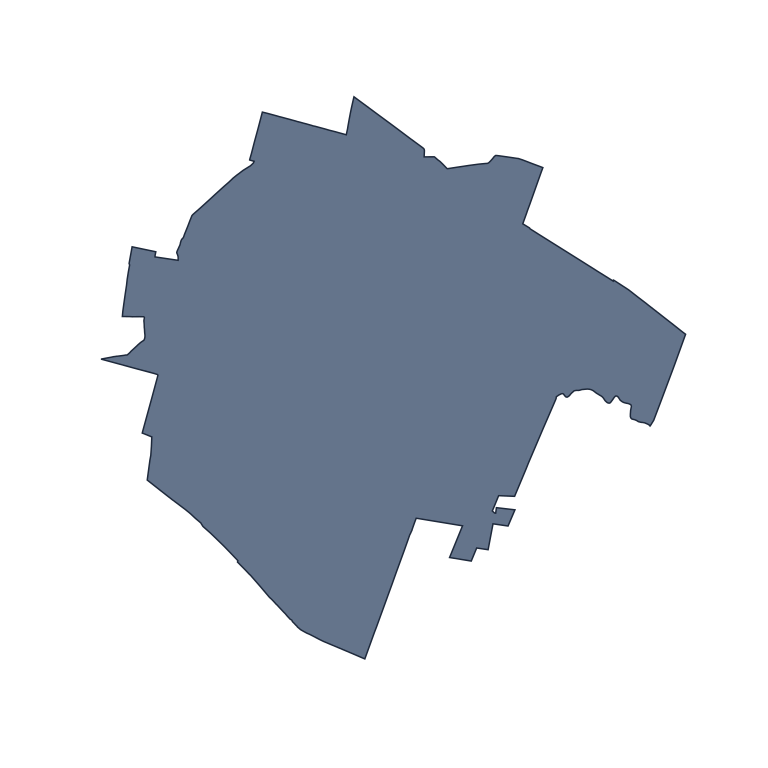 Tataranu, Vrancea, Romania (orthographic projection), rotated 14°
{"feature_id": "2599482B94040911807777", "entity_name": "Tataranu", "entity_type": "district", "adm_level": 2, "iso_a3": "ROU", "parent_name": "Romania", "parent_adm1": "Vrancea", "projection": "orthographic", "projection_center": [27.309, 45.527], "detail": "fine", "context": "isolated", "style": "filled", "palette": "slate", "viewbox_px": 768, "rotation_deg": 14, "n_neighbors": 0, "source": "geoboundaries", "source_scale": "gbopen_adm2", "svg_char_len": 6086}
<svg xmlns="http://www.w3.org/2000/svg" viewBox="0 0 768 768"><g transform="rotate(14 384 384)"><path d="M433.4,640.9L434.8,627.2L435.5,621.6L436.8,609.1L437.4,603.5L439.2,586.1L440.2,576.7L441.5,563.4L443.9,540.8L445.0,529.5L445.5,523.9L445.8,523.0L446.2,520.6L446.5,519.4L446.5,518.3L446.7,516.0L447.2,510.9L447.7,506.5L449.3,506.3L473.7,504.3L494.5,502.6L489.6,536.5L511.5,534.7L513.6,520.7L525.1,519.6L523.6,493.3L538.7,491.8L541.5,474.4L523.0,476.8L523.6,482.3L522.4,482.4L519.8,481.0L520.3,478.0L522.2,465.0L522.3,464.6L537.9,461.4L542.4,432.1L543.3,425.5L545.6,411.2L549.3,388.0L551.1,377.3L554.3,358.0L554.5,356.5L554.3,354.7L556.3,352.4L557.4,351.5L558.3,350.7L559.3,350.2L560.2,350.2L560.7,350.4L561.2,350.8L561.6,351.2L562.2,351.7L562.9,352.1L563.5,352.5L564.3,352.5L564.8,352.5L565.6,351.8L566.1,351.3L566.6,350.6L567.3,349.3L567.6,348.5L568.5,347.0L569.1,346.2L569.8,345.1L570.3,344.5L571.2,344.1L572.4,343.6L574.2,343.2L575.2,342.8L576.6,342.0L577.3,341.5L578.3,341.2L580.5,340.4L582.6,339.7L584.6,339.4L585.8,339.4L586.7,339.4L587.6,339.7L588.5,339.8L589.6,340.3L592.3,341.5L594.3,342.1L595.8,342.6L597.3,343.0L598.4,343.4L599.3,343.9L600.3,344.6L601.7,345.9L602.6,346.7L603.3,347.1L604.4,347.7L605.0,348.0L606.0,348.2L607.1,348.1L607.8,347.8L608.5,346.7L609.2,345.0L609.9,343.3L610.6,341.3L611.4,339.9L612.0,339.5L612.9,339.4L613.5,339.6L614.2,339.9L614.8,340.4L616.1,341.6L616.9,342.4L617.3,342.7L618.3,343.1L619.2,343.5L620.7,343.9L622.0,344.0L622.8,344.0L623.6,344.0L624.4,344.0L625.1,343.9L625.7,343.9L626.8,344.0L627.7,344.2L628.4,344.4L628.8,344.7L629.1,345.2L629.4,345.7L629.5,346.3L629.7,350.1L630.0,351.7L630.3,353.5L630.9,356.0L631.3,356.6L631.6,357.1L632.1,357.5L632.6,357.8L633.0,358.0L633.5,358.0L634.5,358.0L636.0,358.0L637.3,358.2L638.2,358.4L639.1,358.7L639.9,359.0L640.9,359.0L641.5,359.0L642.9,359.0L643.7,358.8L645.1,358.7L646.0,358.6L646.8,358.7L648.0,358.9L649.4,359.1L650.2,359.3L650.7,359.5L651.4,359.7L651.8,360.0L652.3,360.4L652.7,359.5L654.5,353.9L654.6,352.9L656.9,333.5L658.8,316.9L660.8,299.5L661.3,294.9L662.9,279.4L664.6,262.8L660.4,261.0L651.2,256.8L621.3,243.5L618.3,242.1L618.0,242.0L609.0,238.1L607.0,237.2L598.7,233.5L582.2,227.8L581.5,227.7L581.5,228.7L564.3,223.1L547.1,217.4L497.2,201.1L488.2,198.1L487.5,197.4L479.9,195.0L481.1,183.2L481.2,181.6L482.0,174.3L485.3,140.3L485.6,137.7L485.8,135.6L483.4,135.3L478.0,134.7L472.8,134.1L469.7,133.7L464.8,133.1L463.9,133.0L460.9,132.8L459.7,132.7L458.5,132.9L453.3,133.4L448.2,133.9L439.8,134.8L437.6,135.1L437.0,135.3L436.5,135.9L435.7,137.1L435.2,138.3L434.8,139.2L433.5,141.7L432.1,144.0L431.4,144.6L430.8,145.0L429.4,145.4L422.6,147.8L413.5,151.4L409.2,153.2L402.4,156.0L393.6,159.7L393.3,159.7L393.0,159.7L388.1,156.6L384.5,154.5L381.8,153.4L380.9,152.9L378.4,151.6L377.8,151.4L370.4,153.3L368.0,153.9L367.1,149.4L366.8,147.9L366.4,146.9L365.9,146.2L365.2,145.8L364.7,145.5L349.8,139.4L339.2,134.9L328.7,130.5L314.6,124.7L288.5,113.9L285.4,112.6L285.4,114.8L285.6,123.5L285.8,128.7L286.2,135.7L286.6,141.7L286.9,145.2L287.0,148.9L287.1,150.8L287.1,151.3L283.3,151.2L278.7,151.1L275.6,151.0L270.7,151.0L269.4,151.0L267.4,150.9L264.7,150.8L259.1,150.7L254.8,150.6L253.3,150.7L252.5,150.7L252.3,150.7L251.6,150.6L245.3,150.4L242.8,150.4L239.6,150.3L235.9,150.3L235.0,150.2L230.1,150.1L220.3,149.9L218.1,149.9L217.5,149.9L215.4,149.8L205.9,149.6L200.2,149.6L200.0,166.6L199.7,180.3L199.6,192.6L199.4,197.9L199.4,199.1L199.6,199.2L203.1,199.3L204.1,199.3L204.1,199.5L203.9,200.4L203.8,201.2L202.2,203.7L201.4,204.9L201.0,205.2L198.4,207.9L195.7,210.7L193.5,213.4L192.6,214.6L190.9,216.6L188.7,219.5L187.5,221.1L186.7,222.5L185.7,224.0L184.9,225.3L183.8,226.9L181.2,230.6L178.7,234.3L174.5,240.6L170.3,247.0L168.3,250.0L165.1,254.8L163.3,257.5L159.2,263.4L157.5,265.9L156.9,267.1L156.1,272.9L155.5,278.0L154.2,287.2L154.0,289.8L153.5,291.3L153.0,292.0L152.6,293.1L152.4,294.1L152.4,295.0L152.3,296.1L152.4,297.0L152.4,297.8L152.3,299.0L152.1,299.9L151.9,300.9L151.7,302.1L151.5,303.1L151.3,304.1L151.2,304.9L151.1,305.5L151.1,306.1L151.1,306.6L151.4,307.2L152.4,308.5L152.9,309.4L153.4,310.2L153.8,311.6L154.1,312.8L154.3,313.8L133.9,315.8L131.1,316.1L130.8,314.8L130.6,310.9L106.4,311.8L107.5,328.7L108.4,330.1L108.8,336.7L109.5,344.6L110.3,350.5L111.1,358.9L112.1,368.5L113.0,376.7L113.8,381.8L121.1,380.1L123.7,379.6L130.2,377.9L134.5,376.9L134.9,377.0L135.4,377.4L135.6,378.8L135.6,379.6L135.6,380.1L135.7,380.5L135.8,380.8L135.9,381.3L136.2,382.1L136.9,384.2L137.8,387.4L138.1,388.1L138.6,389.6L138.9,390.6L139.4,392.2L139.9,393.5L140.2,394.3L140.4,395.1L140.6,396.0L140.7,396.8L140.7,397.5L140.7,398.0L140.6,399.1L140.3,399.8L139.2,401.0L137.7,402.7L137.1,403.6L135.7,405.6L135.0,406.8L134.2,408.0L132.3,410.9L131.5,412.1L130.5,413.6L130.0,414.7L129.3,415.8L128.8,416.5L128.0,417.7L127.5,418.1L126.3,418.4L124.8,419.1L121.0,420.6L118.7,421.5L117.7,421.8L116.6,422.3L115.0,422.9L112.6,424.1L110.8,424.9L103.4,428.3L112.9,428.5L118.3,428.6L135.7,429.0L140.1,429.1L158.4,429.4L161.8,429.6L162.1,429.7L162.3,430.0L162.5,430.2L162.5,430.6L162.5,431.5L162.5,432.9L162.1,453.7L161.6,474.6L161.3,488.2L161.3,490.1L171.5,491.5L171.5,492.0L171.7,492.5L173.4,500.7L175.0,509.7L175.3,514.7L177.5,534.5L193.5,541.7L207.0,547.7L207.3,547.8L222.2,554.1L222.5,554.3L225.8,555.8L228.0,556.9L231.0,558.6L233.7,560.1L236.4,561.4L240.0,563.2L240.5,563.8L242.8,566.0L244.7,567.0L247.2,568.3L251.8,570.7L262.7,577.0L268.5,580.4L276.8,585.6L285.0,590.8L284.9,592.2L294.9,598.3L299.4,601.2L300.6,601.8L307.2,606.4L312.5,610.1L324.6,618.8L325.6,619.3L327.4,620.3L329.6,621.7L331.1,622.7L332.7,623.8L334.1,624.5L335.2,625.3L336.9,626.4L340.3,628.6L342.0,629.7L343.7,630.7L345.2,631.8L346.4,632.7L347.5,633.4L348.6,634.1L349.4,634.7L349.9,634.9L350.5,635.1L351.2,635.3L351.6,635.4L352.0,635.8L352.2,636.2L352.6,636.6L353.1,637.0L354.0,637.5L355.3,638.3L356.3,639.0L358.2,640.1L358.8,640.7L360.9,641.7L362.2,642.4L362.7,642.6L365.5,643.4L369.3,644.4L369.9,644.5L371.2,644.7L372.9,645.0L383.3,647.5L387.5,648.4L412.0,652.2L431.9,655.4L433.4,640.9Z" fill="#64748b" stroke="#1e293b" stroke-width="1.5"/></g></svg>